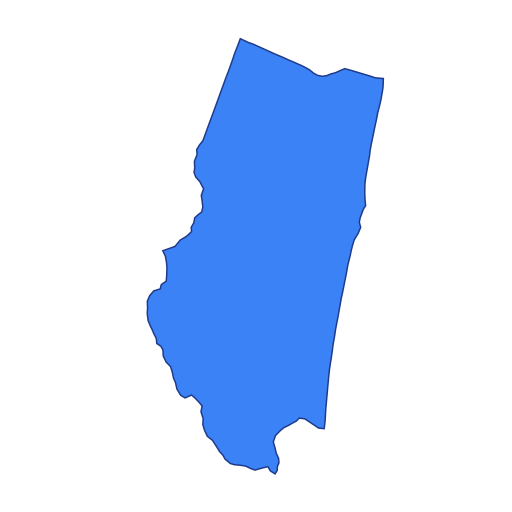 Saquarema, Rio de Janeiro, Brazil, rotated 280°
{"feature_id": "56859067B78416297759673", "entity_name": "Saquarema", "entity_type": "district", "adm_level": 2, "iso_a3": "BRA", "parent_name": "Brazil", "parent_adm1": "Rio de Janeiro", "projection": "mercator", "projection_center": [-42.533, -22.871], "detail": "fine", "context": "isolated", "style": "filled", "palette": "blue", "viewbox_px": 512, "rotation_deg": 280, "n_neighbors": 0, "source": "geoboundaries", "source_scale": "gbopen_adm2", "svg_char_len": 2259}
<svg xmlns="http://www.w3.org/2000/svg" viewBox="0 0 512 512"><g transform="rotate(280 256 256)"><path d="M360.4,183.7L355.2,180.9L350.4,179.1L345.8,180.4L338.6,178.9L331.9,180.4L327.7,180.4L323.3,183.0L319.5,187.7L313.1,192.7L306.2,191.6L300.5,193.5L295.1,195.1L290.0,194.9L286.3,191.6L282.9,189.0L277.9,189.0L273.0,187.2L268.8,188.3L263.4,184.2L258.5,178.6L251.4,174.6L245.0,163.3L240.1,166.8L234.6,168.8L229.3,170.3L223.8,171.1L219.7,171.6L215.6,171.9L211.4,167.7L207.0,167.4L203.9,161.4L198.5,158.2L192.5,156.8L186.2,158.2L180.3,158.9L173.6,161.0L169.0,163.9L165.5,166.5L161.9,168.8L157.5,172.1L152.6,173.5L150.5,178.1L147.3,180.7L141.4,182.0L135.9,186.0L132.2,191.1L126.6,193.9L121.4,196.0L117.1,198.8L111.3,201.2L105.8,205.9L103.9,210.8L107.9,216.6L105.8,220.2L102.4,224.9L99.0,228.9L93.0,228.9L86.7,232.2L80.8,232.9L75.4,235.6L70.0,239.4L66.8,245.3L62.8,249.0L56.9,254.3L54.0,258.1L50.6,260.8L47.2,266.7L46.7,271.1L47.2,276.4L47.3,282.3L45.7,288.0L45.0,292.2L48.0,298.3L50.6,304.3L46.9,307.4L44.7,312.6L48.4,314.1L52.4,313.6L56.3,314.5L60.6,313.4L65.3,310.2L70.9,307.8L75.9,305.3L82.6,306.4L88.2,310.2L91.9,313.4L95.1,317.8L97.9,321.1L100.4,324.3L103.9,326.8L104.1,332.4L99.8,342.2L97.4,347.6L97.8,353.1L104.2,352.8L109.9,352.2L117.3,351.3L123.3,350.8L135.9,349.7L144.3,349.0L150.4,348.5L158.2,348.0L169.2,347.8L175.7,347.6L181.6,347.3L187.0,347.3L191.0,347.3L198.1,347.1L209.6,347.3L215.9,347.3L220.5,347.3L228.7,347.3L235.6,347.6L245.2,347.8L254.0,348.0L263.0,348.0L272.9,348.7L277.1,348.8L283.1,349.2L288.9,349.9L296.1,352.7L302.4,354.1L307.1,351.9L311.2,351.9L315.7,352.7L320.7,353.6L324.6,355.2L330.4,353.6L335.8,352.4L340.9,351.5L345.6,350.8L351.8,350.4L360.2,350.4L369.0,350.4L374.9,350.4L379.2,350.1L385.7,350.1L395.7,350.4L403.2,350.6L411.1,350.9L418.5,351.0L424.0,351.5L431.7,351.9L436.6,351.9L440.9,351.9L445.0,351.7L452.9,350.6L452.2,342.6L453.1,336.4L455.4,316.6L455.9,310.8L452.9,306.2L450.3,302.5L448.4,298.3L446.0,294.5L444.5,290.3L444.6,285.3L446.0,281.1L448.8,276.1L451.0,269.4L453.3,260.2L454.8,253.7L456.2,248.5L457.3,243.6L458.5,238.4L464.3,215.7L464.9,211.6L467.3,202.8L460.6,201.6L451.4,199.7L446.2,199.0L433.9,196.9L426.3,195.4L389.9,189.0L378.4,186.9L360.4,183.7Z" fill="#3b82f6" stroke="#1e3a8a" stroke-width="1.5"/></g></svg>